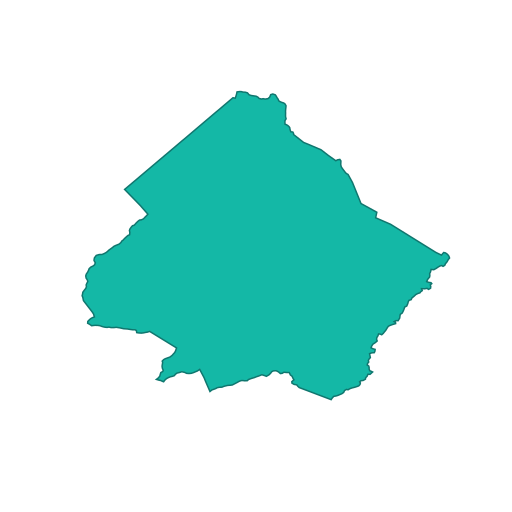 Ipirá, Bahia, Brazil, rotated 250°
{"feature_id": "56859067B36426847002914", "entity_name": "Ipirá", "entity_type": "district", "adm_level": 2, "iso_a3": "BRA", "parent_name": "Brazil", "parent_adm1": "Bahia", "projection": "equal_earth", "projection_center": [-39.836, -12.21], "detail": "fine", "context": "isolated", "style": "filled", "palette": "teal", "viewbox_px": 512, "rotation_deg": 250, "n_neighbors": 0, "source": "geoboundaries", "source_scale": "gbopen_adm2", "svg_char_len": 4913}
<svg xmlns="http://www.w3.org/2000/svg" viewBox="0 0 512 512"><g transform="rotate(250 256 256)"><path d="M140.4,223.5L139.4,224.6L139.9,227.6L140.8,229.6L141.9,231.2L142.1,233.1L141.3,235.7L139.4,237.5L137.2,238.7L136.8,240.4L137.2,242.5L136.1,244.8L135.1,247.4L132.5,247.6L130.6,248.8L128.7,248.9L126.7,249.3L125.7,246.7L124.2,246.3L122.3,247.9L121.0,250.2L119.4,250.7L117.6,251.6L95.3,277.5L96.2,278.6L97.5,281.0L97.1,283.4L97.0,285.2L97.1,287.2L97.2,289.5L97.8,291.7L99.3,293.2L99.7,295.3L98.8,296.8L99.2,298.7L99.2,300.9L98.9,303.8L98.8,306.3L98.8,308.1L99.6,309.7L101.0,310.7L102.3,310.3L102.9,311.9L102.4,314.1L102.8,316.7L104.1,317.4L105.1,319.4L106.6,320.7L105.8,322.7L107.1,325.9L108.2,324.9L109.2,323.7L110.9,323.6L112.7,324.2L114.1,324.3L115.5,323.2L116.9,324.1L117.8,325.7L119.2,325.7L120.3,326.7L121.4,328.7L123.4,329.0L125.4,329.3L125.4,331.6L124.7,334.1L126.0,335.3L127.5,336.0L128.8,334.2L130.4,332.7L132.0,334.1L133.2,335.8L133.8,338.5L134.7,340.8L136.3,340.8L137.9,341.5L139.3,343.3L140.9,344.5L140.1,346.0L139.0,347.2L139.8,349.2L140.7,350.6L141.7,352.4L143.4,354.5L144.7,356.3L144.9,358.1L144.9,360.8L144.7,364.1L145.9,364.4L147.1,363.4L147.4,365.4L146.6,367.4L148.5,369.8L150.3,370.7L151.8,371.6L152.4,373.9L153.8,375.4L155.3,376.8L157.2,378.3L157.4,380.5L159.3,382.3L160.9,383.4L162.0,384.6L161.9,386.9L163.2,388.1L164.1,390.7L165.1,393.0L165.4,395.3L165.3,397.4L166.1,398.6L166.6,400.4L168.7,400.4L167.5,403.3L167.1,405.7L165.6,406.7L166.0,409.0L167.6,409.8L169.3,409.9L169.9,411.7L171.1,411.3L172.2,409.2L173.6,407.6L175.3,409.3L176.9,412.0L178.5,412.8L180.0,413.1L181.3,414.5L183.5,416.0L182.3,418.4L182.7,421.0L183.3,423.3L183.7,425.5L183.5,427.3L182.3,428.2L182.7,430.2L183.9,431.3L185.1,433.4L186.9,435.5L187.9,437.2L189.9,437.2L191.3,436.8L192.6,436.2L194.1,435.1L195.1,433.6L194.3,432.1L193.4,430.6L197.8,426.3L239.8,393.3L251.0,381.5L255.8,384.5L269.4,372.6L292.0,371.8L301.1,370.4L302.3,369.4L303.6,368.6L305.1,368.2L306.6,367.7L308.6,367.1L310.7,366.6L312.9,366.9L314.6,367.6L316.3,368.3L318.1,367.8L318.5,365.4L318.2,363.6L326.0,358.2L333.5,353.5L343.0,343.4L346.4,339.6L357.2,332.9L358.4,333.2L359.9,333.0L360.8,331.2L362.1,331.2L363.6,331.3L365.0,331.6L366.2,331.3L367.4,330.7L368.8,329.7L369.9,328.4L371.2,328.7L373.3,329.5L374.6,331.2L376.7,331.4L378.7,332.1L380.2,332.7L381.8,333.2L383.4,333.9L385.0,334.7L386.9,335.6L388.9,335.3L390.3,334.4L391.5,332.8L392.8,331.4L394.0,330.5L395.9,330.4L397.6,329.9L399.2,329.7L400.8,329.3L402.5,327.2L402.6,325.0L400.6,323.2L399.8,321.1L400.3,318.3L401.4,316.5L401.6,314.9L403.0,312.8L404.5,312.2L406.1,310.8L407.6,308.0L408.6,306.2L409.9,304.6L412.2,303.8L413.5,302.1L414.5,299.8L415.4,298.6L416.1,297.0L416.7,294.3L414.8,293.1L413.0,291.8L411.4,290.4L412.6,288.5L405.7,269.9L404.9,267.6L394.3,239.0L390.3,228.2L389.4,225.6L388.6,223.5L376.8,191.5L365.8,161.6L363.5,155.3L343.1,164.5L332.3,168.7L331.4,167.1L330.5,165.1L329.4,163.0L329.2,160.6L329.6,158.9L329.1,157.2L328.1,154.9L326.6,152.2L326.7,150.3L325.9,148.8L324.6,146.9L323.3,145.8L321.3,145.5L319.2,144.5L319.1,142.7L318.5,141.1L317.3,138.2L316.5,136.9L316.0,135.1L314.8,133.6L314.0,131.4L313.9,128.0L313.7,125.8L313.0,123.9L312.3,121.4L311.8,119.6L311.1,118.1L310.5,116.3L310.2,114.1L310.1,111.8L311.0,109.2L311.2,106.1L309.5,103.5L307.4,102.3L306.1,102.4L304.6,102.7L302.9,101.3L302.3,99.3L302.1,97.0L301.2,94.9L300.0,93.9L298.5,92.4L297.0,90.3L295.5,89.2L293.3,88.8L291.4,89.3L289.5,89.2L288.2,87.7L286.9,86.5L285.3,86.2L283.9,85.1L282.6,83.0L281.2,80.9L279.6,80.0L278.1,79.0L276.4,79.1L273.1,78.6L259.6,82.9L257.1,83.5L254.0,83.3L254.0,81.1L253.7,79.4L253.2,77.9L252.1,75.6L250.4,74.8L248.6,76.4L246.7,77.7L246.3,79.5L245.9,81.1L244.8,83.8L243.8,85.6L242.5,87.1L241.5,88.5L240.6,90.0L239.8,91.7L239.5,93.5L238.3,95.3L237.3,98.1L236.8,100.3L235.9,101.9L235.1,103.4L234.0,105.1L233.0,106.6L232.2,108.4L231.3,110.4L230.1,112.5L228.8,115.0L228.0,117.1L226.9,118.1L224.8,117.7L223.9,119.3L222.8,121.8L222.3,123.7L222.0,125.8L221.6,127.9L221.5,130.3L196.8,149.9L195.4,148.8L194.1,147.7L193.0,146.4L192.3,145.0L191.3,143.2L190.5,140.6L190.5,138.0L190.5,135.5L190.2,133.8L189.3,131.9L187.9,131.9L186.5,131.1L185.3,130.4L184.1,129.9L182.2,129.6L180.5,129.8L179.4,128.9L179.0,126.7L177.6,125.6L176.0,124.5L174.8,122.4L174.1,120.2L172.4,122.5L171.5,124.0L170.3,125.1L169.4,126.2L170.4,127.6L171.4,130.0L171.7,132.2L171.8,134.0L171.5,136.4L171.5,138.4L172.4,139.7L173.0,141.8L172.7,144.1L172.6,146.7L171.0,149.2L169.5,150.6L168.5,152.8L167.9,155.0L167.8,157.2L167.9,159.3L168.0,161.6L168.7,164.3L159.4,165.6L155.9,165.7L144.4,166.4L145.2,168.7L145.2,170.8L145.2,172.8L145.5,174.5L145.2,176.6L144.4,179.1L144.5,181.4L144.1,185.0L143.4,187.5L142.9,189.6L143.2,191.9L143.6,195.0L144.0,197.5L144.0,199.4L143.5,201.0L142.7,202.5L141.8,205.1L142.5,206.8L142.5,210.1L142.3,212.9L142.4,215.0L142.3,217.6L142.4,220.9L140.4,223.5Z" fill="#14b8a6" stroke="#0f766e" stroke-width="1.5"/></g></svg>